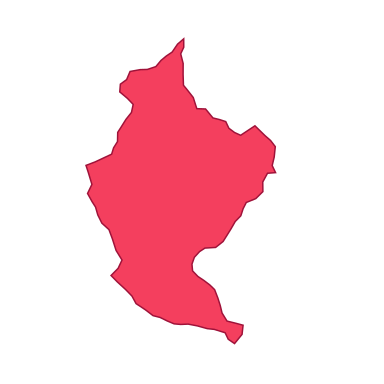 Queimados, Rio de Janeiro, Brazil (Natural Earth projection), rotated 302°
{"feature_id": "56859067B76635524318289", "entity_name": "Queimados", "entity_type": "district", "adm_level": 2, "iso_a3": "BRA", "parent_name": "Brazil", "parent_adm1": "Rio de Janeiro", "projection": "natural_earth1", "projection_center": [-43.584, -22.731], "detail": "fine", "context": "isolated", "style": "filled", "palette": "rose", "viewbox_px": 384, "rotation_deg": 302, "n_neighbors": 0, "source": "geoboundaries", "source_scale": "gbopen_adm2", "svg_char_len": 1391}
<svg xmlns="http://www.w3.org/2000/svg" viewBox="0 0 384 384"><g transform="rotate(302 192 192)"><path d="M78.3,167.6L76.2,176.2L74.1,187.4L71.9,196.3L67.7,203.7L67.4,214.9L66.5,224.5L68.7,231.4L69.5,239.3L70.7,246.7L73.7,252.6L77.9,258.7L81.3,267.5L84.2,277.3L87.3,283.7L90.2,294.7L86.3,300.8L86.0,308.4L97.8,309.9L106.1,305.9L104.0,299.0L101.1,290.1L105.3,281.6L110.7,276.1L115.8,270.1L121.2,262.9L122.6,256.5L123.3,248.9L123.5,241.8L125.4,234.3L130.8,230.2L137.9,228.6L145.5,230.0L151.3,232.7L157.5,241.4L166.5,244.6L174.7,244.6L181.6,244.6L189.9,244.3L197.7,246.0L205.0,244.2L211.9,243.6L220.2,249.6L229.9,251.9L238.0,246.7L247.9,246.1L252.7,252.6L256.9,246.0L265.2,243.2L274.6,238.6L277.3,231.4L278.5,224.0L280.1,216.7L281.5,210.3L265.9,203.2L265.0,196.6L265.6,189.5L269.6,183.3L268.0,176.9L265.9,170.5L269.6,159.5L265.2,151.9L272.8,143.0L275.9,134.4L278.0,128.2L286.9,122.2L296.3,116.4L303.2,109.2L310.4,108.3L317.5,103.8L309.8,101.4L300.1,101.0L293.6,98.1L287.2,96.0L279.2,94.9L272.3,89.2L268.3,83.2L261.4,75.6L252.7,77.0L245.5,74.1L238.6,77.7L237.2,87.5L235.1,95.7L227.4,98.5L218.6,97.5L209.2,97.5L203.2,97.4L195.3,102.1L187.9,102.1L181.5,103.8L166.2,93.9L158.4,88.0L153.8,93.5L145.4,103.1L135.4,104.2L130.8,112.5L128.1,118.2L122.6,124.3L117.8,132.1L116.1,141.5L110.1,149.3L102.2,158.6L97.2,168.7L88.1,169.8L78.3,167.6Z" fill="#f43f5e" stroke="#9f1239" stroke-width="1.5"/></g></svg>